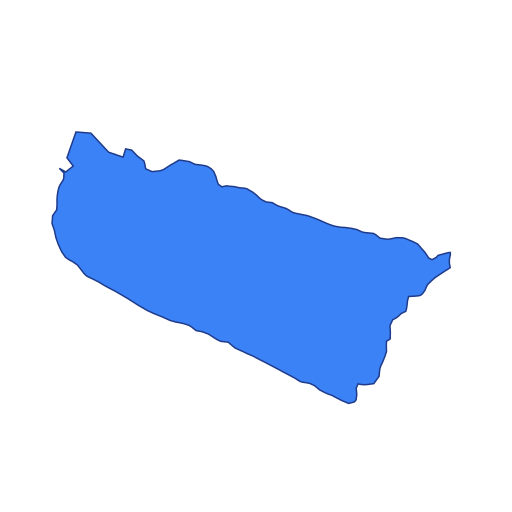 outline of Nyaribari Chache, Nyanza, Kenya, rotated 345°
{"feature_id": "3690345B1553189525138", "entity_name": "Nyaribari Chache", "entity_type": "district", "adm_level": 2, "iso_a3": "KEN", "parent_name": "Kenya", "parent_adm1": "Nyanza", "projection": "albers", "projection_center": [34.834, -0.737], "detail": "fine", "context": "isolated", "style": "filled", "palette": "blue", "viewbox_px": 512, "rotation_deg": 345, "n_neighbors": 0, "source": "geoboundaries", "source_scale": "gbopen_adm2", "svg_char_len": 2958}
<svg xmlns="http://www.w3.org/2000/svg" viewBox="0 0 512 512"><g transform="rotate(345 256 256)"><path d="M307.4,422.4L313.4,422.4L315.5,420.8L317.5,415.8L318.6,409.6L321.5,405.9L323.3,406.9L327.0,408.3L330.6,409.0L336.8,409.8L339.2,407.7L343.7,404.1L345.8,398.5L346.5,396.9L348.0,394.6L351.1,390.9L354.4,386.5L357.3,382.1L358.5,377.1L359.9,372.2L364.1,370.9L365.9,365.0L367.4,357.9L371.6,352.9L374.6,352.3L377.2,351.4L381.5,349.1L386.3,348.2L387.6,346.2L389.5,341.8L390.1,340.1L390.9,338.2L392.9,334.6L399.1,335.9L403.3,336.6L405.5,336.3L407.1,335.5L410.3,332.9L412.6,329.9L414.7,327.8L419.4,325.2L421.5,324.1L423.8,323.1L428.7,321.4L431.4,320.5L434.7,319.4L438.0,318.4L440.6,317.5L440.9,313.1L441.4,311.1L442.1,308.9L444.2,304.8L444.6,302.9L442.6,302.5L438.5,302.5L432.1,302.5L429.7,304.0L425.1,305.1L422.3,302.6L420.2,296.3L417.6,291.1L415.2,286.2L411.6,283.0L410.1,281.8L408.1,280.3L404.7,277.6L401.9,276.2L396.2,274.6L390.7,274.3L388.5,274.1L386.2,273.4L380.3,270.8L377.4,266.7L375.3,264.6L371.4,263.1L366.9,261.4L364.6,260.2L360.3,256.6L355.6,254.1L352.9,253.0L348.9,251.3L346.5,250.6L344.6,249.9L339.6,247.5L336.9,245.8L333.4,243.3L330.4,240.9L325.9,237.3L323.4,235.4L321.0,233.7L317.6,231.3L315.3,229.9L310.0,227.3L304.8,224.7L303.2,223.7L301.8,222.5L299.4,219.8L297.3,217.8L292.2,214.6L290.4,213.4L288.8,212.0L285.4,208.6L279.9,206.5L276.2,203.3L275.1,201.9L274.0,200.4L272.2,197.3L269.3,193.4L264.6,188.7L262.4,187.5L257.9,185.9L252.8,183.3L248.3,181.7L245.7,180.6L240.9,180.3L238.1,176.9L237.8,172.2L237.8,168.8L237.0,163.4L235.3,160.2L232.4,157.0L230.3,155.7L226.6,154.0L220.7,151.6L216.1,147.6L211.0,145.3L208.8,144.3L206.4,143.4L199.9,145.3L197.2,145.9L193.0,147.3L189.2,148.5L185.4,148.9L177.4,147.6L172.0,143.2L172.4,138.2L172.3,135.1L167.2,128.6L163.3,121.5L160.6,120.2L157.8,118.8L153.2,126.1L140.5,117.6L128.3,94.6L114.2,89.6L98.8,112.2L102.7,121.8L94.0,125.6L88.7,120.4L92.0,126.1L90.5,131.0L89.3,132.8L85.1,136.6L83.4,138.7L81.6,141.9L80.2,145.0L78.8,148.6L77.7,152.5L77.2,154.6L75.5,159.7L70.0,164.4L67.4,171.8L67.9,178.9L67.5,186.3L68.0,193.4L68.9,198.7L69.5,201.8L71.6,207.8L74.1,210.9L77.5,214.1L81.2,218.5L83.5,223.9L85.4,228.5L86.9,231.0L88.2,232.4L92.5,236.1L96.9,240.0L102.4,245.7L104.3,247.5L106.1,249.2L110.5,253.2L116.2,258.9L121.2,264.0L123.2,266.2L125.1,268.3L129.9,273.5L136.9,280.5L142.4,285.1L148.3,289.5L150.1,290.9L156.2,295.9L161.7,299.2L164.8,300.6L169.2,302.9L173.2,305.6L174.8,307.1L176.0,308.7L178.9,312.6L183.8,314.9L186.1,316.4L189.7,319.0L193.6,323.2L194.7,324.5L196.4,326.3L199.8,329.3L206.8,332.0L212.0,339.5L218.0,344.4L222.8,348.5L225.2,350.3L227.2,351.9L231.5,355.9L232.8,357.1L239.8,363.4L246.8,369.9L249.1,372.0L251.5,374.4L255.9,378.4L257.5,379.9L261.8,383.9L265.9,388.4L268.0,389.8L272.4,391.7L275.1,393.1L278.0,395.5L279.2,396.7L280.3,398.2L282.7,401.7L286.5,405.2L287.8,406.3L289.4,407.6L293.3,410.3L296.8,413.6L301.4,417.8L307.4,422.4Z" fill="#3b82f6" stroke="#1e3a8a" stroke-width="1.5"/></g></svg>